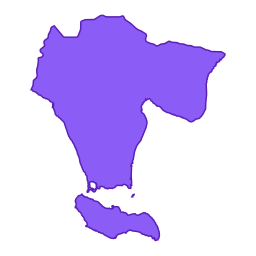 outline of San Rafael del Yuma, La Altagracia, Dominican Republic
{"feature_id": "3306468B72129908795789", "entity_name": "San Rafael del Yuma", "entity_type": "district", "adm_level": 2, "iso_a3": "DOM", "parent_name": "Dominican Republic", "parent_adm1": "La Altagracia", "projection": "equal_earth", "projection_center": [-68.667, 18.325], "detail": "fine", "context": "isolated", "style": "filled", "palette": "violet", "viewbox_px": 256, "rotation_deg": 0, "n_neighbors": 0, "source": "geoboundaries", "source_scale": "gbopen_adm2", "svg_char_len": 5789}
<svg xmlns="http://www.w3.org/2000/svg" viewBox="0 0 256 256"><path d="M54.2,25.8L51.9,27.0L51.1,27.8L50.2,31.3L48.6,34.2L47.9,38.1L44.7,40.3L44.1,41.3L43.9,42.5L44.6,45.1L44.3,46.3L40.4,49.4L40.2,50.6L40.5,51.9L42.7,53.7L43.2,55.1L42.6,56.2L41.5,57.2L38.9,57.7L38.2,58.3L38.4,60.8L37.7,66.0L36.7,69.8L36.8,72.3L37.3,75.9L36.4,77.9L33.5,80.4L33.0,85.5L31.1,89.7L32.0,89.8L32.8,91.0L36.2,92.3L36.8,93.2L37.9,93.6L38.1,94.3L38.8,94.9L40.5,95.2L43.5,97.8L44.9,98.0L45.7,98.7L46.9,98.7L49.5,100.3L49.7,101.0L50.9,101.9L52.4,102.3L53.6,103.6L53.6,104.2L52.6,104.1L52.7,105.1L53.4,105.1L53.5,106.4L52.9,106.8L52.6,106.5L52.4,107.3L53.4,108.1L53.8,109.4L54.4,110.0L54.5,111.2L55.2,112.8L55.2,114.0L56.3,115.4L56.9,116.0L57.9,116.1L58.6,117.3L59.6,117.9L64.0,122.2L68.8,136.3L69.7,137.4L70.2,138.8L72.2,141.0L72.8,142.7L73.6,143.5L75.2,147.5L75.9,148.1L75.9,149.0L77.1,151.6L77.4,153.4L79.3,158.0L80.1,162.7L82.0,167.2L82.5,168.9L83.1,169.8L83.4,171.1L85.2,172.6L85.7,174.6L87.0,176.3L87.1,178.7L87.4,180.6L88.0,181.7L88.0,183.6L88.2,183.8L88.0,187.0L88.5,187.8L88.3,188.3L88.5,189.3L88.2,189.3L88.2,190.0L87.5,190.3L87.4,191.5L87.1,191.8L87.3,192.3L88.7,191.8L88.7,190.9L89.5,190.0L90.7,189.7L92.2,190.0L92.4,189.6L92.3,188.3L91.4,188.3L90.0,187.5L89.8,184.8L89.4,184.2L90.0,182.0L91.0,181.6L92.5,181.9L93.2,181.4L94.3,182.6L95.8,182.9L95.8,183.5L96.2,183.6L96.1,184.0L96.4,184.0L96.6,184.6L96.2,186.2L96.3,187.2L96.9,187.1L97.0,186.4L97.4,187.1L97.1,188.3L95.8,188.6L95.2,189.4L93.7,189.3L93.2,188.7L92.6,188.8L92.7,189.9L92.2,190.7L93.5,191.8L94.7,191.8L95.3,191.3L96.5,188.8L97.2,188.4L99.3,188.8L99.9,188.1L100.1,186.5L100.9,186.4L103.8,186.8L104.4,187.7L106.1,188.6L106.8,188.1L107.6,188.7L108.4,188.7L109.1,188.1L112.4,188.4L114.9,187.4L116.7,185.4L122.4,185.5L123.2,184.5L123.7,184.3L125.9,184.8L126.7,185.6L127.6,185.8L127.7,187.0L128.9,188.3L130.7,188.4L131.0,187.1L130.6,184.9L131.3,184.8L131.3,185.2L131.7,185.2L131.4,184.0L131.6,183.3L131.5,179.4L131.3,179.0L130.6,179.2L130.3,179.0L130.5,178.1L131.3,177.8L131.3,176.3L131.0,175.8L131.2,175.6L131.5,167.2L131.0,166.7L131.0,166.2L131.7,166.2L131.7,165.4L131.2,165.1L131.1,164.3L131.7,163.2L132.5,163.4L132.8,162.8L132.4,160.8L133.1,159.9L133.8,156.4L133.7,155.2L134.1,154.7L134.5,151.8L136.7,145.8L141.2,139.8L141.6,137.9L142.1,137.2L146.0,127.6L146.8,124.1L147.0,121.8L146.2,118.8L144.3,114.8L143.1,113.4L141.7,112.5L141.2,111.3L141.2,110.8L142.0,110.6L141.9,109.9L141.6,109.9L141.8,108.4L141.2,107.8L141.5,105.8L142.2,104.5L142.6,104.4L142.9,102.8L143.6,102.8L144.4,101.2L145.6,100.6L145.7,99.1L146.5,100.0L147.2,99.4L147.9,99.4L148.3,98.8L149.5,98.7L150.0,99.0L151.2,101.0L152.3,101.4L153.1,102.9L154.9,103.9L157.0,106.1L158.9,106.2L160.3,107.0L163.2,110.3L167.1,112.5L168.4,112.6L173.1,114.7L173.9,114.5L174.4,115.1L175.9,115.4L176.5,116.0L178.4,116.0L181.6,117.2L181.9,117.6L182.6,117.4L183.1,118.0L186.6,119.2L188.9,121.1L190.4,121.7L191.9,121.7L194.4,120.4L195.6,119.2L199.0,118.5L201.1,116.6L203.0,114.0L205.6,108.9L205.7,103.3L206.6,94.3L206.2,83.7L206.7,82.4L206.8,79.6L207.1,79.5L207.6,77.0L208.1,76.2L208.1,75.0L209.9,72.4L211.2,71.9L211.5,71.2L212.0,70.9L212.0,69.6L213.7,68.3L213.7,67.4L214.3,66.4L215.6,66.0L215.6,65.1L215.9,65.1L216.0,64.2L216.4,63.9L216.2,63.4L216.4,62.5L217.2,62.6L217.4,62.1L218.7,61.9L219.5,61.2L219.9,59.4L220.9,59.9L222.5,57.8L223.7,57.0L224.9,55.1L224.9,53.9L221.3,51.8L211.1,51.5L208.8,50.4L205.9,49.8L200.4,47.2L194.0,47.0L191.2,45.7L186.8,45.4L183.9,44.1L179.8,43.8L177.0,42.6L172.0,42.3L169.5,41.3L168.5,41.4L164.9,43.6L161.0,44.1L157.6,46.0L156.7,46.0L153.6,44.1L150.6,43.5L146.6,41.8L145.9,40.9L145.6,39.9L145.7,38.2L146.5,35.7L145.9,34.0L141.0,30.9L138.7,30.1L136.1,28.4L130.6,23.4L125.2,19.7L123.6,16.5L122.8,15.9L119.4,16.9L107.5,16.9L105.4,16.6L103.2,15.4L101.4,15.4L100.3,15.7L94.2,19.5L85.2,19.7L81.7,21.1L81.1,21.5L80.8,22.4L80.7,28.3L80.4,30.1L78.1,35.9L77.4,36.8L76.3,37.2L65.2,37.2L63.4,36.9L54.2,25.8ZM115.5,238.2L117.2,235.1L118.2,234.4L121.8,233.4L123.3,232.5L124.7,232.5L125.9,233.1L127.3,231.3L129.9,230.0L131.0,230.5L131.7,230.3L132.3,230.9L137.1,231.5L140.2,232.3L142.4,234.2L144.2,234.4L144.9,234.7L145.3,235.3L146.8,235.3L148.2,236.1L151.5,236.1L152.5,238.5L153.3,238.3L154.0,238.9L153.9,238.0L154.5,237.9L154.7,239.9L155.7,240.6L156.7,239.9L158.0,239.8L157.9,239.2L158.9,238.0L159.4,235.3L159.1,231.8L157.9,228.3L158.0,227.8L157.1,226.4L157.1,225.8L155.7,224.2L155.7,223.3L154.6,222.0L154.0,220.6L153.3,219.5L152.5,219.3L152.1,218.1L149.4,215.9L149.2,215.3L147.2,213.7L146.0,213.6L145.4,212.9L143.7,212.7L137.9,215.3L136.4,214.9L135.0,213.7L131.3,214.3L129.6,215.0L127.6,215.0L126.6,213.4L125.0,212.6L123.7,212.6L123.3,212.1L121.4,212.3L120.6,211.7L120.4,210.5L118.5,207.0L116.8,206.6L114.1,206.9L113.2,205.7L112.4,205.7L112.4,206.4L112.1,206.3L111.9,206.9L113.3,207.6L113.1,208.5L110.8,208.9L109.3,208.2L108.8,208.5L105.5,208.2L102.7,206.4L101.7,205.6L101.6,205.0L100.9,204.8L98.8,202.5L97.5,201.6L94.0,200.8L93.4,200.5L93.1,199.6L91.6,199.0L90.5,199.3L90.1,198.6L88.6,198.3L86.8,197.0L85.9,197.3L84.8,196.7L84.1,196.8L84.0,196.1L82.6,195.2L81.9,194.1L80.9,195.1L78.5,195.8L76.2,198.6L75.6,199.9L75.6,200.9L75.4,200.9L75.6,202.4L76.1,203.0L76.2,205.3L75.3,206.6L75.3,207.5L76.1,207.5L76.3,208.1L76.8,208.2L76.9,208.8L77.8,209.4L78.6,211.2L80.1,212.0L81.5,214.0L81.9,215.3L84.3,218.2L84.3,219.7L86.5,222.0L87.1,223.5L87.2,224.8L86.9,225.5L85.9,225.8L86.0,226.5L88.3,226.8L89.9,228.1L90.8,228.1L92.3,229.3L93.9,229.9L94.0,230.3L94.9,230.2L95.3,230.9L96.0,230.5L97.0,231.3L98.0,231.5L98.6,232.3L99.7,232.3L100.8,233.1L103.0,233.5L104.3,234.8L110.5,238.0L113.5,238.5L115.0,237.4L115.0,238.2L115.5,238.2ZM134.1,194.4L132.9,194.8L131.8,196.8L132.7,196.8L132.8,195.8L133.3,195.7L133.7,195.0L134.1,194.8L134.1,194.4Z" fill="#8b5cf6" stroke="#5b21b6" stroke-width="1.5"/></svg>